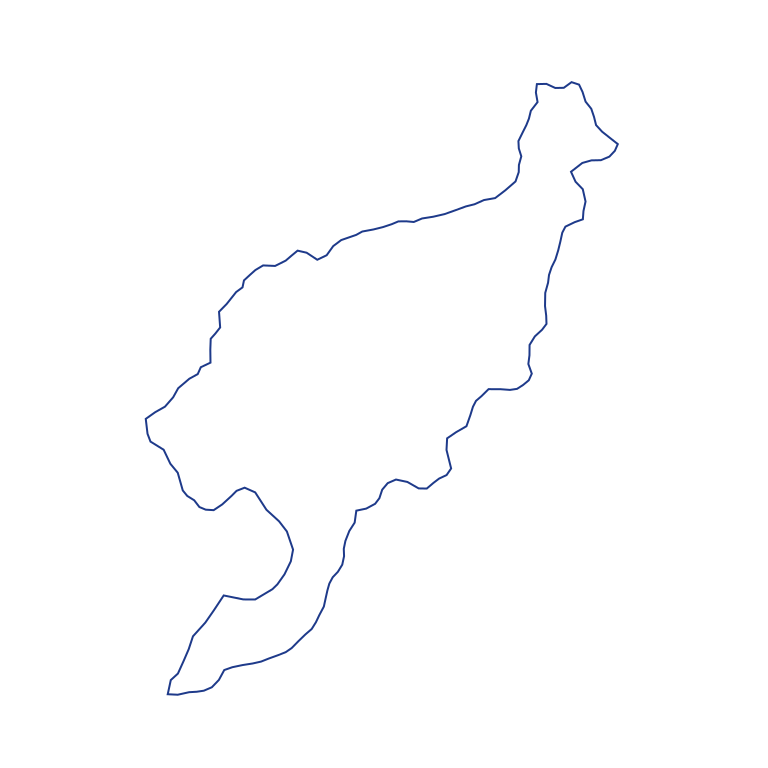 Mata Verde, Minas Gerais, Brazil (Albers equal-area conic projection), rotated 256°
{"feature_id": "56859067B41981550875410", "entity_name": "Mata Verde", "entity_type": "district", "adm_level": 2, "iso_a3": "BRA", "parent_name": "Brazil", "parent_adm1": "Minas Gerais", "projection": "albers", "projection_center": [-40.707, -15.767], "detail": "fine", "context": "isolated", "style": "outline", "palette": "blue", "viewbox_px": 768, "rotation_deg": 256, "n_neighbors": 0, "source": "geoboundaries", "source_scale": "gbopen_adm2", "svg_char_len": 2576}
<svg xmlns="http://www.w3.org/2000/svg" viewBox="0 0 768 768"><g transform="rotate(256 384 384)"><path d="M135.3,99.1L132.4,108.7L132.1,120.4L130.7,127.8L130.0,135.0L131.4,143.6L136.8,152.2L145.1,159.8L145.9,168.3L145.5,178.8L144.6,188.9L144.4,197.6L145.5,205.8L146.5,215.6L147.6,223.8L150.1,230.5L155.2,238.8L160.0,247.1L163.8,254.6L169.3,260.3L175.5,265.4L182.6,271.8L189.9,275.4L197.5,279.2L203.6,282.7L208.9,287.5L212.9,293.8L218.8,299.8L226.6,303.6L233.8,305.1L241.1,308.6L249.8,314.8L256.6,322.0L267.8,326.5L267.4,336.6L269.9,346.4L274.3,351.9L281.9,356.7L286.9,363.6L288.4,372.5L283.3,383.0L274.3,392.4L272.2,400.2L276.1,408.1L278.9,414.6L280.5,422.7L285.8,428.7L294.1,428.7L304.9,428.7L316.0,432.1L319.8,442.3L323.1,453.8L332.8,460.2L340.4,464.8L345.4,469.2L348.6,475.6L353.7,484.2L350.8,495.7L347.8,504.8L347.1,511.9L349.4,518.7L352.6,525.4L358.3,529.9L368.5,528.9L376.7,532.1L386.7,534.7L393.7,541.9L398.4,550.5L403.0,556.2L411.0,557.9L420.7,559.1L433.4,562.5L442.6,567.7L449.9,570.5L456.8,574.9L463.3,580.4L471.6,585.4L479.4,589.5L487.7,593.6L492.8,598.1L494.9,608.2L495.7,616.8L503.6,619.4L512.3,623.7L524.9,624.0L533.9,618.8L544.7,616.8L550.5,629.9L550.8,639.4L548.7,648.6L550.1,657.7L554.4,664.4L560.2,668.9L568.2,662.7L576.0,656.7L583.9,652.4L592.3,652.4L600.9,651.7L609.2,647.9L619.3,647.3L627.3,645.7L631.5,639.0L627.9,630.1L629.8,621.8L635.9,614.2L638.0,604.9L630.1,601.9L620.4,601.2L613.6,592.6L606.4,588.8L600.7,584.7L594.9,579.7L587.2,573.2L580.0,571.8L571.7,572.3L563.9,567.9L557.0,566.0L548.7,560.6L542.6,548.6L537.5,536.8L538.3,525.5L536.5,515.3L536.5,506.4L535.4,496.2L534.2,483.9L534.4,472.2L535.4,461.0L534.0,452.1L536.5,444.9L538.3,437.3L537.2,430.2L536.5,421.0L536.5,411.1L537.2,399.8L535.4,393.1L534.7,385.2L534.0,377.3L530.1,368.1L522.8,359.5L520.7,349.3L530.1,340.7L534.3,332.4L530.8,325.1L527.5,318.5L524.9,306.9L528.3,295.4L525.7,286.8L522.5,280.7L518.4,273.2L512.0,270.1L509.0,262.8L499.7,250.7L494.0,241.4L478.5,238.7L473.7,232.5L469.8,226.8L459.4,223.8L446.7,220.8L444.6,210.3L438.7,205.7L436.2,196.4L429.7,183.3L422.1,176.2L415.0,166.0L412.0,155.2L407.8,144.4L392.9,142.5L384.6,143.5L373.5,154.3L358.3,157.4L347.8,162.4L329.4,163.0L323.0,166.0L317.1,171.7L309.3,175.1L305.2,180.6L302.8,188.2L306.3,197.9L312.2,208.8L316.0,215.1L317.1,223.7L310.0,232.8L290.4,239.5L276.1,249.0L264.4,254.1L245.3,255.7L234.5,250.7L223.4,241.4L215.4,232.1L211.9,226.1L206.1,206.9L209.0,195.4L217.6,177.3L205.6,164.2L195.7,152.9L185.4,137.6L174.0,130.4L163.9,122.7L152.9,114.0L148.3,105.5L135.3,99.1Z" fill="none" stroke="#1e3a8a" stroke-width="2"/></g></svg>